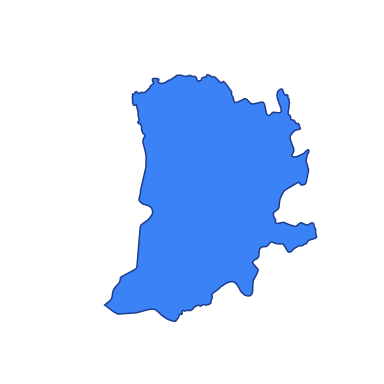 the border of Ashanti, rotated 153°
{"feature_id": "GHA-2158", "entity_name": "Ashanti", "entity_type": "Region", "adm_level": 1, "iso_a3": "GHA", "parent_name": "Ghana", "parent_adm1": "", "projection": "natural_earth1", "projection_center": [-1.65, 6.739], "detail": "fine", "context": "isolated", "style": "filled", "palette": "blue", "viewbox_px": 384, "rotation_deg": 153, "n_neighbors": 0, "source": "natural_earth", "source_scale": "10m", "svg_char_len": 5941}
<svg xmlns="http://www.w3.org/2000/svg" viewBox="0 0 384 384"><g transform="rotate(153 192 192)"><path d="M321.1,131.0L314.5,132.4L312.4,133.3L310.7,135.0L308.4,138.3L306.3,140.5L304.9,141.5L299.1,143.7L297.8,144.4L297.0,144.9L294.5,148.2L293.4,148.5L278.0,148.9L276.2,149.3L274.9,150.6L254.1,184.2L253.2,185.1L252.4,185.6L251.8,185.9L243.5,187.2L241.0,188.3L238.2,189.9L237.0,190.8L236.2,191.7L235.8,193.0L235.5,194.4L235.4,196.0L235.8,197.4L237.1,199.6L237.9,200.5L240.6,202.9L241.4,203.9L242.5,206.2L242.8,207.6L242.8,208.8L242.4,209.6L241.7,210.7L238.4,214.4L236.9,217.0L221.9,234.9L217.0,243.9L215.2,249.3L213.9,255.2L213.6,257.0L212.7,259.5L211.7,261.0L210.8,261.8L208.2,263.5L208.0,264.0L208.8,265.5L209.0,266.2L209.1,267.8L208.6,270.5L207.0,273.8L207.3,274.9L207.2,276.2L207.5,276.6L208.0,276.8L208.4,277.2L208.7,277.7L208.7,278.6L208.3,279.0L206.8,279.5L206.4,280.0L205.3,284.5L204.0,287.3L203.1,290.1L202.9,291.8L202.0,294.2L202.1,294.8L202.3,295.2L203.8,295.1L204.2,295.4L204.5,295.9L204.6,297.7L202.5,302.5L202.4,303.2L202.0,303.7L201.2,304.4L200.7,306.1L200.4,306.1L199.7,305.4L199.1,305.6L198.1,306.3L197.0,306.8L195.9,306.7L194.9,304.0L194.4,303.7L193.0,304.0L192.3,304.0L191.7,303.7L191.0,303.0L188.3,302.2L187.4,302.2L186.7,302.4L186.3,302.9L185.8,303.1L182.4,303.8L181.3,305.2L180.3,305.4L179.3,305.8L178.0,305.8L176.8,306.1L176.6,306.5L176.9,308.2L176.3,310.0L176.0,310.5L175.5,310.8L174.9,310.7L172.8,309.7L171.0,308.5L170.5,307.6L170.5,306.9L170.9,306.6L171.9,306.4L172.2,306.0L172.2,305.3L171.9,304.6L171.4,303.9L170.5,302.9L169.8,302.4L168.0,302.0L166.9,301.6L165.0,301.9L163.8,301.8L162.7,302.2L162.0,302.2L161.1,301.8L159.7,301.7L158.4,302.0L155.8,302.2L154.5,302.5L153.8,302.5L153.2,302.7L152.4,302.8L151.4,302.5L147.9,300.5L147.3,299.4L146.7,298.8L143.6,297.3L142.3,297.2L140.7,296.8L140.3,296.4L139.9,295.6L139.5,295.1L137.0,293.7L136.5,293.1L136.3,292.2L136.3,291.0L136.6,289.7L136.7,289.0L136.4,288.4L134.9,287.6L133.6,287.5L133.1,287.5L132.7,287.8L132.0,288.6L131.0,289.1L129.3,289.0L127.8,288.1L127.1,288.2L126.6,288.5L125.9,289.5L125.4,289.5L124.6,289.3L123.6,288.2L121.3,284.9L120.8,284.8L120.3,284.8L119.6,284.1L118.9,282.7L117.2,277.4L116.7,276.2L115.9,275.9L114.1,276.4L113.5,275.5L112.9,273.9L111.2,263.5L111.5,262.7L112.2,261.5L112.5,260.9L112.6,260.1L112.4,258.2L112.4,257.3L113.1,255.3L113.4,254.0L113.0,252.4L111.7,251.5L106.3,251.2L103.6,251.3L102.7,251.2L102.0,250.8L101.3,249.9L100.7,248.3L100.0,245.5L99.0,243.9L98.2,243.0L97.6,242.7L89.1,240.5L88.1,239.9L87.8,239.3L87.6,238.6L87.8,236.1L90.0,228.5L89.9,227.1L89.7,226.1L89.3,225.6L88.8,225.2L87.9,225.1L87.0,225.2L84.5,226.2L83.6,226.2L82.9,226.0L79.3,223.5L78.2,222.9L76.9,222.7L76.3,223.0L75.7,223.7L74.7,226.3L73.6,235.6L72.8,238.5L71.9,240.5L70.0,242.5L68.3,243.3L66.7,243.4L65.7,243.3L64.8,242.4L65.4,237.3L65.2,236.6L64.8,236.2L63.6,235.7L63.1,235.3L62.9,234.8L62.9,234.1L63.1,233.5L63.8,232.6L63.8,232.1L63.4,231.1L63.4,230.5L64.3,228.9L64.9,226.8L66.0,225.6L66.9,223.6L68.0,222.4L68.7,221.2L70.0,219.9L70.4,218.6L70.8,218.0L70.6,216.8L70.0,215.6L69.9,215.0L70.0,214.3L70.9,212.7L71.0,212.1L70.5,211.1L69.0,210.0L68.6,209.6L68.4,208.9L68.2,206.5L68.0,205.9L67.6,205.5L66.5,205.0L66.1,204.5L66.1,203.0L66.7,199.4L67.0,199.0L67.9,199.1L70.8,199.9L72.3,200.0L73.4,199.9L74.7,199.5L77.1,198.4L79.0,197.2L79.7,196.2L80.7,193.4L81.7,184.8L82.1,183.4L82.4,182.8L83.1,181.8L84.3,180.9L86.0,179.9L86.5,179.5L86.6,178.9L86.1,177.7L85.2,176.9L83.3,176.1L81.0,175.8L75.2,175.6L71.0,177.0L69.7,177.0L69.1,176.7L69.5,175.0L69.8,174.5L71.9,173.2L73.2,172.0L74.3,170.4L75.5,169.1L76.1,167.8L76.7,166.8L76.8,166.2L76.8,164.1L77.8,161.1L77.9,159.6L78.3,158.4L85.6,149.1L87.0,148.0L87.8,147.7L88.7,147.7L90.4,148.0L91.2,148.5L91.7,149.0L92.5,151.7L92.8,152.2L93.9,152.4L108.0,151.5L110.3,150.6L113.5,148.5L116.6,145.9L118.2,143.9L120.9,139.7L122.1,138.2L122.9,137.8L124.1,137.5L126.5,137.1L128.7,136.5L129.1,136.1L129.5,135.6L130.3,132.9L130.4,132.2L130.1,130.0L130.4,128.6L131.3,126.9L131.4,125.8L131.1,125.5L125.4,123.8L124.2,123.4L123.3,122.6L120.2,118.8L115.9,114.6L115.4,114.3L114.4,114.3L110.1,115.3L109.5,115.3L108.9,115.2L107.9,114.4L105.3,110.9L104.9,110.6L103.6,110.1L100.9,110.3L99.5,110.1L98.1,109.3L98.0,108.9L98.2,107.5L98.8,105.6L98.8,103.2L99.1,101.8L100.1,100.3L100.4,98.8L101.0,97.5L101.4,95.3L102.3,94.9L103.8,94.9L109.3,95.9L111.0,95.7L111.7,95.3L112.7,94.4L113.4,94.2L116.3,94.3L118.1,94.1L118.8,94.2L120.1,95.1L120.9,95.4L122.0,95.5L126.3,95.3L130.7,93.9L132.2,94.0L133.2,94.7L133.6,95.4L133.8,96.2L134.1,102.1L134.4,103.6L135.0,104.8L136.0,105.4L137.8,106.1L140.4,107.8L141.8,109.0L143.2,111.0L143.8,111.3L144.6,111.5L145.7,111.2L148.8,109.9L150.2,109.7L151.0,109.8L152.8,110.7L153.7,111.0L154.8,111.1L156.7,110.9L158.2,110.0L159.0,109.0L160.8,105.6L162.0,104.2L163.0,103.5L164.5,103.1L167.2,103.1L168.3,102.8L169.6,102.3L169.9,101.6L170.1,100.8L169.3,97.0L168.3,93.7L168.3,93.0L168.6,92.2L168.9,91.8L172.3,88.9L177.0,85.7L177.9,84.9L179.3,82.8L183.1,75.9L184.3,74.5L185.3,73.8L186.5,73.3L187.1,73.2L187.9,73.4L189.0,73.8L190.6,75.0L192.0,76.5L192.5,77.6L193.4,80.3L193.6,81.7L193.8,88.2L194.1,89.5L194.8,91.4L195.4,92.5L196.7,93.9L198.9,94.7L201.6,95.1L204.1,95.1L206.7,94.7L208.9,94.7L211.3,93.8L213.9,93.2L218.1,92.6L220.2,92.0L220.7,91.6L221.0,91.1L221.4,89.7L222.0,88.6L222.9,87.7L224.3,86.6L225.7,84.5L226.4,84.2L227.4,84.2L230.7,84.8L231.3,85.1L232.3,86.3L232.9,86.6L233.8,86.6L235.8,86.3L236.4,86.5L237.3,87.8L237.8,88.3L238.4,88.6L241.0,88.4L242.3,88.5L242.9,88.4L243.7,87.6L244.3,87.3L246.8,87.1L247.6,87.2L249.8,88.6L252.3,89.2L252.9,89.4L253.4,90.4L253.9,90.6L254.6,90.4L255.0,89.9L256.3,87.7L256.7,87.6L257.4,88.3L258.3,88.5L258.9,88.4L260.7,86.6L261.7,85.9L264.0,85.0L265.0,84.3L265.9,84.5L267.3,85.4L270.1,88.1L272.1,90.5L274.8,95.5L276.8,101.3L278.0,103.6L278.8,104.5L280.5,105.7L284.0,107.0L296.1,109.5L313.1,116.7L313.7,117.2L316.0,120.5L321.1,131.0Z" fill="#3b82f6" stroke="#1e3a8a" stroke-width="1.5"/></g></svg>